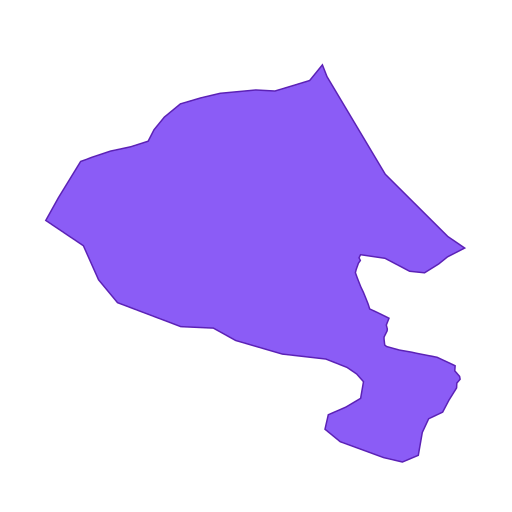 outline of Calabar South, Cross River, Nigeria, rotated 94°
{"feature_id": "59680162B50827827535662", "entity_name": "Calabar South", "entity_type": "district", "adm_level": 2, "iso_a3": "NGA", "parent_name": "Nigeria", "parent_adm1": "Cross River", "projection": "equal_earth", "projection_center": [8.325, 4.916], "detail": "fine", "context": "isolated", "style": "filled", "palette": "violet", "viewbox_px": 512, "rotation_deg": 94, "n_neighbors": 0, "source": "geoboundaries", "source_scale": "gbopen_adm2", "svg_char_len": 1138}
<svg xmlns="http://www.w3.org/2000/svg" viewBox="0 0 512 512"><g transform="rotate(94 256 256)"><path d="M351.6,49.7L344.4,68.3L342.0,87.8L341.7,90.0L341.1,93.9L339.8,106.6L337.2,119.4L335.8,121.4L329.8,122.5L327.9,122.6L321.6,120.0L319.7,119.9L315.8,121.2L308.8,119.0L303.7,131.5L300.9,138.9L296.3,140.7L291.3,143.1L284.6,146.4L279.5,149.3L274.5,151.7L270.7,153.5L265.7,155.7L262.4,155.1L256.0,153.3L253.2,151.6L250.6,153.1L247.4,151.8L249.3,127.1L260.5,101.7L261.0,86.7L251.1,73.1L243.5,64.9L233.5,48.4L223.2,66.0L165.4,132.8L72.1,197.7L60.7,203.1L77.2,214.7L90.1,248.6L90.4,267.8L96.2,303.1L102.0,321.8L109.5,342.0L123.8,357.1L137.1,366.5L149.0,371.6L155.8,388.7L161.5,408.5L169.0,426.7L172.0,433.1L173.9,437.5L211.5,457.1L235.2,468.2L257.8,428.9L290.7,411.4L312.2,390.9L331.7,326.1L330.9,293.5L341.7,270.4L352.0,222.9L353.9,179.2L360.8,157.4L366.7,147.3L373.9,140.0L390.7,141.7L400.5,155.9L409.3,172.8L424.0,175.1L435.4,159.0L448.2,114.6L451.3,95.6L443.5,80.2L420.4,77.8L406.3,72.4L398.7,58.9L386.4,53.5L373.6,46.7L368.8,46.8L364.7,43.8L361.9,44.5L356.7,49.7L351.6,49.7Z" fill="#8b5cf6" stroke="#5b21b6" stroke-width="1.5"/></g></svg>